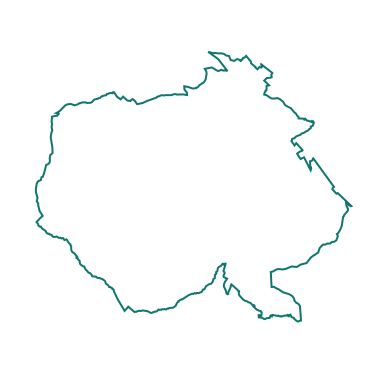 Poiana Lacului, Arges, Romania (Albers equal-area conic projection), rotated 265°
{"feature_id": "2599482B9907999216812", "entity_name": "Poiana Lacului", "entity_type": "district", "adm_level": 2, "iso_a3": "ROU", "parent_name": "Romania", "parent_adm1": "Arges", "projection": "albers", "projection_center": [24.705, 44.811], "detail": "fine", "context": "isolated", "style": "outline", "palette": "teal", "viewbox_px": 384, "rotation_deg": 265, "n_neighbors": 0, "source": "geoboundaries", "source_scale": "gbopen_adm2", "svg_char_len": 5923}
<svg xmlns="http://www.w3.org/2000/svg" viewBox="0 0 384 384"><g transform="rotate(265 192 192)"><path d="M303.6,282.4L313.2,272.1L312.8,272.0L311.1,272.9L310.5,272.6L309.9,271.6L310.7,270.2L308.5,267.9L310.3,266.2L310.8,266.3L315.0,262.1L316.7,262.1L322.9,257.8L321.2,256.0L321.2,254.7L320.9,254.3L319.6,253.8L319.5,252.7L318.4,252.3L318.3,251.7L319.4,250.9L320.4,249.0L320.4,248.2L318.9,245.5L320.1,242.1L324.3,240.7L325.0,237.9L326.7,236.0L327.6,233.2L327.7,230.6L328.4,227.7L328.6,224.7L330.3,220.3L322.1,229.7L310.0,237.5L309.7,237.1L310.4,235.4L310.1,234.4L310.6,233.3L310.5,232.8L311.2,231.8L310.3,229.3L310.4,228.1L313.9,223.3L314.3,222.3L313.6,215.5L310.9,216.7L308.7,216.9L303.0,215.4L300.5,213.7L297.8,208.8L296.2,207.2L295.5,206.1L295.6,205.3L295.1,205.1L295.0,201.8L297.1,196.9L298.0,193.5L294.7,193.4L291.4,195.6L289.0,195.5L290.0,191.7L290.4,185.2L290.9,184.3L291.0,182.7L290.3,179.9L290.8,174.5L290.6,172.7L291.1,170.1L290.0,166.7L290.1,166.0L289.0,164.5L286.8,155.7L284.9,150.4L284.3,145.0L287.9,142.9L289.7,141.0L289.1,139.5L288.0,138.5L288.8,135.5L293.0,131.7L290.5,129.0L293.4,125.6L298.2,123.0L298.3,122.3L298.0,121.4L297.4,121.4L297.8,118.7L297.0,116.9L297.1,115.8L296.0,115.0L295.7,113.9L295.8,112.8L295.3,111.6L295.3,110.6L293.6,108.3L293.6,107.0L293.1,106.4L292.6,102.7L290.3,100.2L289.7,98.7L289.9,95.0L290.7,93.3L290.6,92.4L290.8,90.6L290.6,89.4L290.2,88.8L290.3,87.6L289.3,85.9L288.6,82.5L290.3,78.9L290.2,75.9L290.0,74.9L288.9,72.5L288.0,71.9L286.6,69.9L285.2,68.7L283.6,66.2L282.5,63.7L282.0,65.7L281.5,66.1L279.7,64.2L280.0,64.0L279.2,59.1L274.0,58.2L271.8,58.6L269.1,57.8L265.5,58.2L262.9,56.9L258.3,56.0L248.4,56.8L243.0,56.5L241.1,54.0L238.0,53.2L235.1,53.1L233.4,52.5L232.2,50.8L231.6,49.0L226.0,47.2L220.1,44.7L219.9,43.4L217.0,42.4L216.3,40.0L215.4,39.0L213.7,38.0L208.5,36.7L205.5,36.5L199.5,37.6L196.4,36.5L194.2,37.8L192.3,37.6L186.4,38.5L181.2,41.2L178.9,38.1L175.6,34.5L173.3,36.0L172.0,36.0L170.8,37.3L170.7,38.5L169.8,38.7L168.2,40.0L166.3,42.5L163.5,43.9L162.9,45.2L163.0,45.8L162.1,46.5L161.9,47.5L161.3,48.6L160.6,48.7L159.3,50.0L159.2,51.9L159.5,53.2L157.9,55.4L157.9,56.8L157.1,57.8L157.4,59.5L155.3,60.7L155.7,62.7L155.1,63.4L154.1,63.6L151.2,65.4L150.5,66.3L149.2,66.3L148.6,66.9L145.0,66.7L143.5,67.1L142.5,67.7L141.3,69.3L138.6,71.2L136.3,71.2L135.9,71.8L136.5,72.2L134.6,72.7L133.3,74.0L132.6,74.2L131.9,73.9L129.7,74.5L127.4,77.0L127.2,78.1L124.1,79.2L123.0,80.3L120.9,81.7L120.0,83.5L118.2,84.8L116.7,85.3L116.0,89.0L115.2,89.6L114.5,90.9L114.4,92.6L113.7,93.4L113.2,95.0L111.2,97.3L110.4,97.8L108.4,98.1L106.2,100.5L104.5,101.2L104.4,102.4L103.9,102.8L103.6,103.7L102.7,103.9L101.7,105.4L99.7,105.6L91.7,108.6L79.4,114.5L83.3,118.5L77.5,124.2L77.5,126.1L78.1,127.5L78.3,129.0L77.9,130.7L78.3,132.7L77.1,137.4L75.2,140.3L75.1,141.2L76.0,144.3L76.1,146.5L77.8,148.3L77.4,149.0L77.6,150.2L77.3,151.0L77.8,152.1L77.5,153.7L77.8,154.6L77.2,155.9L78.0,157.3L77.8,158.0L78.4,159.5L78.4,163.0L80.0,165.8L83.0,167.5L83.8,169.0L84.5,168.9L85.7,171.5L85.7,172.5L86.3,173.0L86.3,173.7L89.6,179.9L90.6,183.1L90.4,184.6L91.0,185.7L90.5,187.2L91.0,187.9L90.7,189.7L91.5,192.5L92.1,193.5L93.6,194.1L94.0,194.7L93.9,195.4L94.2,196.1L97.0,197.8L98.8,201.5L98.9,203.1L101.1,205.0L103.4,205.7L104.2,207.2L107.4,207.6L108.6,209.1L110.0,209.0L110.8,210.3L114.1,211.2L114.9,212.1L115.9,214.5L117.9,216.3L117.9,216.6L117.0,217.2L117.8,218.9L117.7,219.2L115.7,218.5L110.8,216.6L110.2,216.5L109.2,217.4L108.3,217.5L105.9,216.1L104.9,216.1L104.5,216.3L102.5,219.4L99.2,216.7L97.2,215.8L95.1,215.5L91.2,217.0L87.8,217.6L87.6,218.2L87.1,218.4L87.2,219.2L88.7,219.3L94.1,222.3L95.3,222.4L96.5,223.2L90.6,228.8L89.4,229.4L89.1,230.3L87.2,229.7L85.0,230.1L80.8,233.2L78.9,235.4L78.8,236.1L78.0,237.8L77.4,238.3L76.4,240.6L74.3,242.2L73.8,243.9L73.0,244.4L72.4,243.3L69.2,246.3L67.7,248.8L67.5,250.0L65.8,250.9L62.9,250.3L63.6,247.7L61.3,247.6L61.1,249.2L60.4,250.9L59.3,252.7L59.0,253.9L59.8,255.3L59.8,258.4L62.1,259.5L62.3,260.0L61.2,260.8L62.5,261.7L61.1,266.2L61.3,267.4L60.6,268.2L60.5,269.9L60.2,270.0L60.4,272.2L60.9,273.9L60.6,275.5L61.3,276.5L60.9,277.4L59.8,277.3L59.7,277.6L61.2,278.9L61.3,279.4L58.6,280.3L57.8,282.5L56.8,282.7L54.0,285.5L53.7,286.5L54.3,288.0L54.4,289.4L68.9,289.6L70.8,288.6L71.9,287.5L72.3,286.4L74.6,284.7L77.2,284.3L79.6,282.8L81.8,279.8L84.1,274.0L87.4,270.0L88.5,267.9L90.4,265.4L90.4,263.0L105.4,263.5L105.7,265.5L107.5,269.5L107.7,271.7L106.9,275.5L107.2,277.3L107.1,278.3L109.2,284.9L108.1,289.7L110.3,294.1L111.2,299.9L116.3,304.6L118.4,307.9L118.4,308.6L119.6,310.2L120.6,312.4L125.0,314.3L128.0,317.5L128.2,318.1L128.0,320.3L128.9,322.2L128.6,325.3L129.7,326.4L130.1,327.5L130.0,329.0L130.7,330.7L131.4,331.6L135.5,333.5L137.5,332.7L138.2,333.9L141.7,336.5L145.1,338.2L154.1,340.4L154.9,341.3L155.6,341.4L159.8,345.6L161.4,345.9L164.3,344.8L168.0,344.5L167.2,345.8L166.5,346.0L164.8,347.4L164.8,348.3L164.0,349.1L164.1,349.5L178.2,337.1L177.7,335.8L182.5,332.0L183.8,332.5L184.7,333.9L215.7,315.3L214.8,315.5L213.2,314.8L212.6,313.9L212.3,312.3L207.5,312.0L206.2,312.7L205.2,312.8L203.3,312.1L216.8,306.6L215.4,303.0L221.0,300.0L222.8,302.8L223.2,304.9L224.0,305.8L231.6,300.1L229.4,298.2L234.0,295.5L235.0,296.1L235.9,296.2L236.4,297.0L236.6,298.7L238.2,300.4L239.7,305.2L240.7,306.3L241.3,308.9L242.3,310.5L243.1,312.9L244.6,314.4L245.0,315.6L245.5,316.0L246.8,316.0L247.5,318.1L250.1,319.4L250.9,318.1L251.6,319.0L251.9,318.9L252.2,317.3L251.9,315.9L252.7,314.4L253.0,312.8L254.2,312.1L254.3,311.3L255.1,311.0L254.4,310.1L255.3,309.6L256.0,304.6L257.4,304.7L258.5,303.7L261.3,302.2L262.3,301.0L267.0,297.7L268.6,294.9L270.5,292.3L274.3,290.4L277.2,287.1L278.1,285.1L277.9,282.4L278.1,280.2L278.7,278.6L281.8,274.9L282.8,272.4L285.1,273.1L285.8,274.1L286.7,274.1L287.1,275.1L291.1,275.5L291.6,276.6L291.3,277.3L291.5,278.1L296.7,273.7L299.0,276.5L299.0,279.7L299.4,281.4L301.8,281.2L303.6,282.4Z" fill="none" stroke="#0f766e" stroke-width="2"/></g></svg>